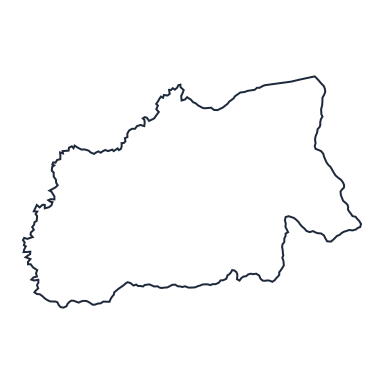 Cabeceira Grande, Minas Gerais, Brazil (orthographic projection)
{"feature_id": "56859067B77349065842213", "entity_name": "Cabeceira Grande", "entity_type": "district", "adm_level": 2, "iso_a3": "BRA", "parent_name": "Brazil", "parent_adm1": "Minas Gerais", "projection": "orthographic", "projection_center": [-47.136, -16.069], "detail": "fine", "context": "isolated", "style": "outline", "palette": "slate", "viewbox_px": 384, "rotation_deg": 0, "n_neighbors": 0, "source": "geoboundaries", "source_scale": "gbopen_adm2", "svg_char_len": 4656}
<svg xmlns="http://www.w3.org/2000/svg" viewBox="0 0 384 384"><path d="M44.4,298.1L47.0,299.9L50.1,301.4L53.1,301.5L55.4,301.5L57.4,302.3L58.7,305.0L60.6,307.1L63.6,307.6L66.5,306.2L67.7,303.7L69.4,301.9L71.5,300.6L73.8,300.8L76.2,301.7L78.7,302.6L80.8,301.6L82.8,300.9L86.6,301.0L89.8,302.7L92.6,304.7L94.8,304.7L97.7,303.6L100.8,303.3L103.2,301.6L106.4,301.7L109.5,301.8L110.8,298.6L112.4,296.3L113.8,294.7L114.2,292.4L115.9,291.0L117.5,289.6L119.6,288.0L121.4,286.8L123.8,285.1L125.9,283.2L127.8,282.2L130.7,283.2L133.4,285.5L136.3,284.6L138.1,286.0L140.5,286.0L143.0,286.5L144.7,285.0L147.4,284.6L149.4,284.4L151.7,285.4L154.2,286.5L157.6,286.3L159.4,287.5L161.4,288.0L164.5,287.6L167.4,287.4L169.9,286.1L172.1,284.9L175.1,284.6L177.9,286.3L180.1,286.4L182.4,287.0L185.1,286.3L188.5,287.6L191.9,287.6L195.3,287.3L198.0,286.1L200.0,285.6L202.5,284.5L205.1,284.3L207.7,284.3L210.4,285.1L212.7,284.1L215.7,284.1L218.8,282.7L220.6,280.4L223.3,280.2L226.3,278.8L227.5,275.3L229.3,274.3L230.9,272.4L232.2,270.1L234.4,270.5L236.4,272.1L237.3,274.2L237.3,276.6L237.0,279.2L239.5,280.6L241.4,278.0L243.4,276.6L246.1,276.2L248.2,274.4L250.8,273.7L252.9,274.2L256.2,273.7L259.2,275.6L260.5,278.7L262.6,280.6L265.1,280.8L267.4,280.4L269.8,280.7L272.3,281.8L274.7,280.2L276.3,278.1L278.0,276.5L279.3,274.7L279.2,272.3L280.8,270.2L282.2,268.1L283.8,265.5L283.5,261.1L282.3,257.6L283.3,255.6L282.9,253.2L282.7,250.3L282.1,247.0L282.5,244.4L284.3,242.0L284.3,238.6L285.6,235.8L285.6,233.6L288.1,232.2L286.8,229.6L285.4,226.7L285.8,223.8L284.9,220.2L285.7,217.0L288.7,216.2L291.9,217.3L293.9,217.9L296.4,219.9L298.8,222.3L300.2,224.5L302.3,226.8L304.5,228.6L306.4,230.9L309.6,232.1L313.1,231.1L315.6,232.5L317.9,233.2L321.2,233.5L324.0,235.5L325.4,238.4L327.1,241.3L331.0,241.6L334.0,239.0L336.8,236.1L339.8,234.7L341.8,232.9L344.0,231.7L346.4,231.0L349.0,230.0L352.5,230.4L355.9,229.5L357.7,228.0L360.2,227.0L361.0,224.0L359.3,221.1L357.4,219.1L355.6,216.8L352.5,216.1L350.8,213.6L349.0,211.3L347.9,209.3L348.2,207.1L347.5,204.8L345.7,202.9L343.2,200.9L342.1,198.3L340.9,195.2L340.5,191.6L342.1,189.4L344.0,187.5L344.1,185.0L343.0,182.5L341.1,179.9L338.0,177.6L335.4,175.3L333.7,172.5L332.4,170.3L331.4,168.4L330.1,166.5L328.4,165.0L326.4,162.2L325.1,159.1L324.0,156.6L323.3,153.8L321.1,151.1L318.1,149.8L315.6,148.9L314.7,146.2L315.6,143.2L315.0,139.6L315.6,136.1L317.1,132.8L317.6,129.2L319.6,127.0L320.3,124.9L320.2,122.5L320.9,119.2L322.5,116.6L321.4,114.4L321.1,109.4L322.2,105.0L322.4,101.1L322.5,97.6L324.2,94.7L325.3,91.7L324.8,88.6L323.8,86.1L322.1,84.4L320.3,82.4L318.6,80.3L316.7,78.3L314.7,76.4L299.7,79.6L291.3,81.6L264.9,85.2L262.7,86.0L259.6,87.8L257.0,87.8L254.7,89.8L247.9,90.8L244.5,92.0L240.3,92.5L234.9,96.3L233.7,98.3L229.1,101.7L227.8,103.6L222.9,107.5L217.5,110.1L213.9,109.9L211.2,107.7L204.5,108.3L202.2,107.7L197.8,105.2L195.7,103.3L192.9,102.1L191.1,99.8L187.1,97.2L185.0,99.5L181.6,100.5L181.2,95.9L182.3,93.8L183.7,90.1L180.5,87.1L180.4,84.7L178.4,85.2L177.1,87.7L174.9,89.6L172.8,88.2L171.2,89.9L169.1,89.9L169.7,93.9L167.6,95.5L163.9,95.0L163.0,97.8L160.9,96.6L159.2,99.1L158.1,101.2L156.2,103.9L157.9,105.6L156.3,109.2L158.8,112.0L156.8,114.6L154.2,118.4L151.2,119.9L149.1,120.9L146.9,117.8L144.9,117.1L142.8,118.4L144.5,120.1L144.7,123.0L144.2,126.1L140.4,125.0L137.0,126.1L135.0,128.8L132.0,128.8L129.1,130.5L127.3,133.7L127.4,137.1L124.9,138.2L125.4,141.4L123.8,143.0L121.6,143.1L121.7,146.2L120.9,148.9L118.9,150.1L117.6,148.4L113.7,151.1L112.2,149.6L108.1,151.1L105.3,150.0L102.6,151.3L100.7,152.7L98.4,151.4L96.0,152.5L94.0,153.9L90.7,152.5L88.7,150.7L86.3,149.9L84.1,149.4L81.7,149.6L79.5,148.6L77.0,147.2L74.6,145.6L73.5,148.2L71.8,146.3L69.0,147.7L68.6,150.6L65.4,150.9L62.6,151.1L63.0,153.4L60.1,152.5L60.4,155.9L60.3,159.2L57.1,160.0L55.5,162.7L53.3,162.3L52.3,164.6L54.2,165.4L52.1,167.1L51.8,170.8L53.7,172.5L53.7,176.6L55.9,179.6L56.2,182.9L57.7,185.2L55.6,187.3L52.3,189.1L49.5,190.6L51.4,191.6L54.4,196.4L54.4,199.4L50.6,199.2L48.3,200.2L50.5,201.8L52.5,202.1L51.5,205.3L49.0,207.2L44.8,208.3L44.8,204.9L42.5,204.8L39.6,207.4L36.8,205.0L33.8,211.3L37.2,211.6L35.6,214.1L37.1,216.0L36.7,220.9L34.5,222.2L34.1,224.7L32.2,227.0L33.8,229.8L30.9,232.4L30.5,234.6L32.7,237.1L30.4,237.8L27.4,238.9L24.2,237.9L23.0,240.1L24.7,242.5L23.9,245.2L25.8,246.3L24.2,249.5L23.6,252.1L26.5,252.0L30.3,251.7L30.1,254.1L28.0,255.5L25.6,257.2L30.4,259.1L28.0,261.9L28.0,264.3L30.6,264.2L31.9,265.9L33.3,267.6L37.2,270.1L36.0,273.4L37.0,276.5L33.5,277.4L31.4,279.6L34.1,280.5L38.3,279.8L38.4,282.5L37.0,285.2L38.2,288.4L36.0,290.3L34.4,292.3L36.9,294.0L39.9,294.3L42.7,296.4L44.4,298.1Z" fill="none" stroke="#1e293b" stroke-width="2"/></svg>